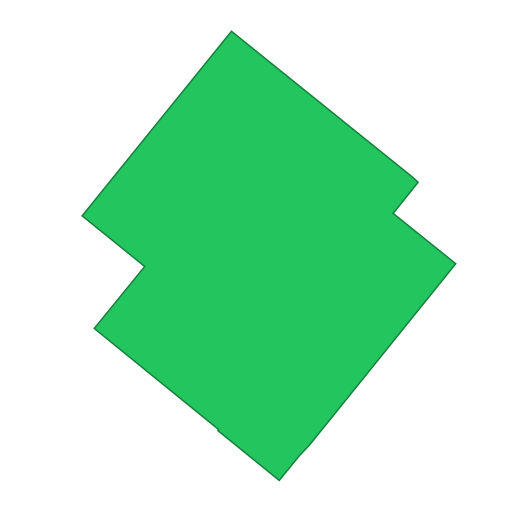 the district of Coal, Oklahoma, United States of America, rotated 309°
{"feature_id": "52423323B50350811267407", "entity_name": "Coal", "entity_type": "district", "adm_level": 2, "iso_a3": "USA", "parent_name": "United States of America", "parent_adm1": "Oklahoma", "projection": "albers", "projection_center": [-96.329, 34.593], "detail": "fine", "context": "isolated", "style": "filled", "palette": "green", "viewbox_px": 512, "rotation_deg": 309, "n_neighbors": 0, "source": "geoboundaries", "source_scale": "gbopen_adm2", "svg_char_len": 357}
<svg xmlns="http://www.w3.org/2000/svg" viewBox="0 0 512 512"><g transform="rotate(309 256 256)"><path d="M176.9,416.5L375.7,416.1L375.4,335.8L415.3,335.6L415.8,328.4L415.4,175.4L415.2,95.5L177.8,95.6L177.8,176.1L97.9,175.9L97.6,336.3L96.3,336.4L96.2,415.3L128.1,415.4L142.3,416.5L176.9,416.5Z" fill="#22c55e" stroke="#15803d" stroke-width="1.5"/></g></svg>